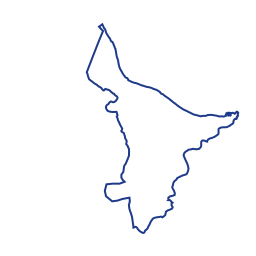 outline of Yousef El sadeq, Al Fayyum, Egypt, rotated 36°
{"feature_id": "37247803B96193438521946", "entity_name": "Yousef El sadeq", "entity_type": "district", "adm_level": 2, "iso_a3": "EGY", "parent_name": "Egypt", "parent_adm1": "Al Fayyum", "projection": "orthographic", "projection_center": [30.573, 29.353], "detail": "fine", "context": "isolated", "style": "outline", "palette": "blue", "viewbox_px": 256, "rotation_deg": 36, "n_neighbors": 0, "source": "geoboundaries", "source_scale": "gbopen_adm2", "svg_char_len": 5774}
<svg xmlns="http://www.w3.org/2000/svg" viewBox="0 0 256 256"><g transform="rotate(36 128 128)"><path d="M209.8,61.2L209.4,60.5L209.1,59.9L209.0,58.8L209.2,58.1L209.2,57.8L209.9,57.3L210.4,56.9L210.1,55.5L209.6,55.4L209.8,53.6L209.4,53.6L208.8,52.4L208.6,51.6L207.4,51.3L207.7,50.8L207.0,50.6L206.3,51.1L206.0,53.7L205.2,53.7L204.3,54.1L203.8,54.1L203.3,54.7L202.4,55.5L201.2,56.0L200.6,56.3L200.1,56.9L200.6,56.8L201.0,56.4L202.6,56.3L203.5,57.1L203.6,57.7L203.4,57.9L202.7,57.8L202.4,57.9L201.9,58.9L201.6,58.7L202.2,57.8L202.0,57.3L201.4,57.4L200.5,58.8L199.9,58.6L200.2,57.3L199.6,57.3L199.3,58.0L199.2,59.3L199.7,59.4L199.7,60.4L200.0,60.9L198.4,62.7L197.0,63.4L195.0,65.1L193.3,65.6L191.2,66.6L188.2,68.1L186.6,69.2L184.8,70.8L183.8,72.5L181.5,74.1L179.9,75.8L176.8,77.0L173.8,78.2L172.7,78.6L172.2,78.6L171.4,78.8L170.9,78.8L170.2,79.0L169.5,79.0L168.8,79.2L168.0,79.4L167.3,79.4L166.8,79.6L166.1,79.6L165.1,79.8L164.5,79.9L163.9,80.1L162.9,80.3L162.3,80.3L161.9,80.5L160.7,80.5L159.1,80.6L156.5,80.7L155.5,80.7L154.0,80.7L153.3,80.6L151.9,80.6L150.9,80.5L149.9,80.6L149.1,80.6L148.2,80.4L147.7,80.5L147.0,80.5L146.2,80.3L145.2,80.4L144.3,80.2L138.7,80.4L137.9,80.3L137.2,80.2L136.5,80.2L135.8,80.4L135.3,80.6L134.3,80.6L133.8,80.6L133.3,80.3L132.6,80.1L131.9,80.2L130.2,80.2L129.2,80.3L128.7,80.5L128.2,80.5L127.5,80.7L126.9,81.0L126.2,81.2L125.7,81.4L125.4,81.4L124.9,81.6L124.2,81.6L123.3,81.8L122.8,82.0L122.2,82.2L121.7,82.4L120.7,82.9L119.7,83.3L119.2,83.7L118.5,83.9L117.7,84.1L117.0,84.4L116.2,84.6L115.8,84.8L115.0,85.0L114.3,85.4L113.8,85.4L113.5,85.6L112.8,85.8L111.6,86.0L110.6,86.3L110.0,86.5L109.6,86.5L109.1,86.7L108.3,86.9L107.5,87.3L106.8,87.7L104.8,88.2L104.4,88.4L103.9,88.4L103.4,88.6L102.3,88.8L101.7,88.9L101.2,89.0L99.9,89.1L99.5,88.6L98.8,88.3L97.8,88.1L97.5,88.3L96.7,88.5L96.3,88.5L96.0,88.5L95.6,88.4L95.1,88.1L94.4,87.9L94.1,87.9L93.7,87.8L93.2,87.6L91.8,87.0L91.2,86.9L90.5,86.4L89.8,86.1L88.1,85.4L87.5,85.1L86.9,84.8L86.0,84.2L85.3,83.9L84.6,83.2L83.5,82.4L82.5,81.4L81.4,80.4L80.9,79.8L80.2,79.1L79.7,78.8L79.0,78.3L78.3,77.8L77.2,77.0L76.2,76.2L75.7,75.6L74.4,74.4L74.1,74.1L73.6,73.4L72.7,72.8L72.3,72.3L71.5,71.5L70.9,71.2L70.4,71.0L69.4,70.2L68.9,69.9L68.5,69.7L68.0,69.4L67.1,68.8L66.6,68.4L65.7,68.0L65.0,67.7L64.7,67.5L64.2,67.7L63.3,67.7L61.8,66.9L61.1,66.4L60.9,66.3L60.6,66.1L59.4,65.9L54.7,64.0L51.5,61.6L50.2,61.4L46.3,59.2L45.0,63.1L50.8,64.2L53.3,74.7L57.4,90.4L61.9,107.2L63.5,108.1L65.2,109.6L67.3,111.0L67.8,111.4L69.4,111.5L72.6,111.5L73.6,111.7L75.3,111.6L76.6,111.4L78.2,111.5L80.4,111.6L80.7,111.4L82.9,111.3L84.3,111.8L86.0,112.1L86.2,111.9L86.5,111.6L86.6,110.5L86.7,109.7L87.4,109.5L88.4,109.1L90.6,108.4L92.8,108.6L93.8,108.8L94.3,108.7L95.7,108.9L96.7,108.5L96.9,108.6L98.4,109.1L100.6,109.0L101.8,109.7L102.0,110.3L102.2,111.2L102.2,111.5L102.1,113.7L101.8,114.6L101.7,114.9L100.7,116.0L99.9,116.2L98.7,116.5L98.4,117.1L97.9,118.1L97.9,118.4L98.1,119.9L97.7,121.1L97.4,121.8L97.6,123.7L98.1,124.3L99.2,125.3L100.0,125.6L101.6,126.1L104.1,125.3L106.3,124.0L109.2,121.7L112.0,123.8L112.2,125.4L113.4,126.0L115.4,127.6L115.7,127.9L116.6,128.2L119.7,130.0L120.7,130.5L122.4,131.3L123.7,131.9L124.2,133.1L124.3,134.2L124.8,134.7L126.3,134.7L127.1,134.5L127.8,134.6L129.0,135.6L130.2,136.4L131.7,137.9L134.3,139.1L134.8,139.6L135.9,141.8L136.1,142.1L138.3,142.7L139.2,143.5L140.2,143.8L141.1,144.5L142.1,145.6L142.8,146.6L144.4,148.9L145.0,149.7L146.0,153.3L147.2,158.5L147.1,160.3L147.4,161.3L148.0,162.5L149.1,164.5L150.0,166.3L150.1,169.7L151.6,171.8L152.8,172.6L154.7,173.2L156.9,173.5L153.9,178.0L148.6,181.8L143.7,186.2L146.2,192.5L150.3,196.1L158.3,196.6L162.2,192.9L165.1,188.8L170.1,183.5L170.5,183.9L171.2,184.7L172.6,186.3L173.5,188.5L173.7,189.3L175.1,191.0L176.7,192.6L178.1,193.7L179.3,194.5L180.2,195.0L181.4,196.0L183.3,197.4L183.9,198.1L184.2,198.2L185.1,199.2L189.3,203.5L191.0,205.4L191.4,204.8L191.5,204.2L192.4,203.4L193.0,203.3L194.6,203.6L195.6,204.1L197.1,204.4L198.5,204.5L199.5,204.5L200.7,204.3L201.7,204.2L202.0,203.9L202.4,203.5L202.5,203.0L202.5,202.0L202.3,201.5L202.2,200.5L202.6,199.6L202.7,199.1L202.8,198.3L202.8,197.6L202.4,196.1L202.2,193.9L202.0,192.7L201.5,190.5L201.4,187.0L201.7,186.1L202.0,185.4L203.7,183.4L205.6,181.6L206.9,180.2L207.6,180.0L208.4,180.0L208.9,178.4L209.3,176.6L208.4,174.4L208.2,173.9L207.9,173.4L208.5,171.5L209.6,169.9L211.0,167.4L210.8,166.0L210.1,165.5L209.3,165.2L208.4,164.7L207.8,163.8L207.8,162.7L207.9,162.2L206.6,162.3L205.4,161.8L204.7,161.7L204.2,161.8L202.9,162.7L202.9,162.2L202.4,161.7L201.6,160.8L201.8,160.1L202.2,158.5L203.4,157.3L204.3,156.1L204.7,155.2L205.1,154.9L204.2,153.2L202.2,151.8L201.1,151.3L199.4,150.5L198.9,150.2L198.3,149.2L198.1,148.5L197.8,147.5L197.0,145.9L196.8,143.7L197.1,142.8L197.5,140.8L197.3,140.1L197.3,139.4L200.0,134.4L200.8,133.4L202.3,131.3L202.4,131.0L202.4,129.8L201.8,127.4L201.2,126.1L200.8,125.3L200.0,124.5L197.9,122.7L194.6,120.7L193.2,120.0L191.5,119.0L189.7,117.9L188.8,117.0L188.5,115.9L188.3,115.2L188.3,114.4L188.7,112.8L189.0,112.3L189.2,111.8L189.5,110.6L189.8,109.9L190.4,109.4L190.9,108.9L191.3,108.5L191.6,108.0L192.1,107.5L192.7,106.7L193.9,106.1L194.4,105.9L194.5,105.7L196.2,104.8L196.5,104.3L197.2,103.7L197.7,103.2L197.8,102.7L198.0,101.7L198.1,101.0L197.9,99.8L197.2,98.7L195.4,96.2L195.3,95.4L195.5,94.5L195.6,94.3L196.1,94.0L196.5,93.6L197.3,93.3L199.3,92.8L200.0,92.5L199.6,92.0L199.6,90.6L199.7,89.8L200.2,88.8L200.3,88.6L200.5,88.1L201.8,86.7L202.1,86.1L203.4,83.9L203.7,82.9L204.5,80.8L204.6,80.0L204.6,79.5L204.4,79.0L204.1,78.6L203.5,78.0L203.0,77.2L202.3,76.3L201.9,75.3L202.0,74.8L202.7,73.4L203.0,72.9L204.2,71.8L204.7,71.4L205.5,70.8L207.3,69.4L209.0,66.4L209.2,65.4L209.5,64.6L210.1,63.2L210.2,62.2L209.8,61.2Z" fill="none" stroke="#1e3a8a" stroke-width="2"/></g></svg>